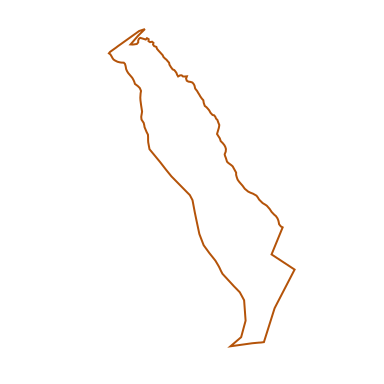 Maranhãozinho, Maranhão, Brazil (Natural Earth projection), rotated 135°
{"feature_id": "56859067B901254953540", "entity_name": "Maranhãozinho", "entity_type": "district", "adm_level": 2, "iso_a3": "BRA", "parent_name": "Brazil", "parent_adm1": "Maranhão", "projection": "natural_earth1", "projection_center": [-45.993, -2.425], "detail": "fine", "context": "isolated", "style": "outline", "palette": "amber", "viewbox_px": 384, "rotation_deg": 135, "n_neighbors": 0, "source": "geoboundaries", "source_scale": "gbopen_adm2", "svg_char_len": 2563}
<svg xmlns="http://www.w3.org/2000/svg" viewBox="0 0 384 384"><g transform="rotate(135 192 192)"><path d="M110.1,340.5L115.5,343.2L136.6,346.7L141.3,347.5L143.6,347.8L150.8,349.0L152.7,348.8L152.4,347.0L153.0,344.6L153.5,343.0L153.8,341.2L153.5,339.6L152.6,336.8L151.4,334.8L150.4,333.4L148.8,331.7L148.8,330.0L149.9,328.0L151.7,325.4L152.5,323.3L153.0,321.2L153.5,315.0L154.1,312.8L154.9,310.7L155.9,308.8L155.4,305.1L155.4,302.4L156.6,299.5L158.6,298.1L161.8,295.3L163.6,293.3L166.6,289.4L170.4,284.2L172.3,282.8L173.6,281.9L174.8,281.0L176.5,278.9L177.3,275.0L178.6,272.9L179.7,271.4L181.7,266.5L182.6,263.7L184.3,261.8L186.5,259.6L187.9,258.0L191.8,252.3L193.4,235.6L194.6,226.2L195.5,217.6L195.7,194.7L195.7,191.4L197.4,185.9L204.5,175.5L208.7,169.1L216.5,157.1L221.4,146.1L222.9,136.6L224.0,126.9L224.8,123.7L225.7,120.3L226.3,118.5L227.3,115.8L228.3,112.6L229.0,95.8L229.1,87.3L229.7,85.3L231.7,78.6L245.1,63.1L259.9,54.6L273.9,55.7L256.4,42.5L251.1,38.1L249.8,36.9L247.3,35.0L215.8,51.4L212.4,52.5L174.3,64.6L179.9,91.6L152.9,102.9L153.5,104.8L153.2,107.6L151.9,109.5L151.1,110.8L150.2,112.9L149.7,115.6L149.9,117.8L149.8,121.7L149.1,124.9L148.8,129.4L149.1,131.0L149.9,134.3L149.9,137.0L149.9,139.2L149.3,141.6L149.0,143.8L150.1,147.8L151.1,150.0L152.0,152.6L152.2,154.9L152.4,157.0L151.8,160.7L151.6,163.8L151.4,166.2L151.0,168.5L149.9,170.8L148.7,172.9L147.1,174.5L146.6,176.2L145.6,179.7L145.1,181.3L145.2,183.0L145.8,187.0L145.8,188.7L145.0,190.2L144.1,191.9L143.0,194.4L142.2,195.6L139.6,196.7L137.6,198.4L136.6,200.3L136.0,202.2L135.7,204.7L135.7,207.7L134.4,210.3L133.8,213.1L133.3,215.3L130.4,216.9L127.8,218.3L126.6,219.1L125.3,220.1L124.4,222.3L123.1,225.0L123.1,226.9L122.4,228.5L122.1,230.5L123.0,232.0L122.9,234.9L122.1,237.6L121.9,239.7L121.8,241.8L122.1,243.8L120.7,246.7L119.1,248.9L119.0,251.1L118.5,253.9L118.0,255.6L117.5,257.9L117.0,259.6L116.6,262.9L115.0,265.5L114.5,267.0L114.3,269.1L115.2,270.9L116.5,272.6L117.0,274.4L116.0,276.4L113.8,277.4L115.6,278.9L116.7,280.1L116.8,281.8L117.9,282.9L120.1,283.5L119.6,285.5L118.8,287.2L118.5,288.8L118.3,290.7L119.0,292.4L118.6,295.1L117.9,298.0L116.8,299.6L116.7,301.7L116.5,303.6L116.7,305.4L116.7,307.7L116.0,309.4L115.9,311.5L115.8,313.3L115.7,315.9L115.5,318.0L114.6,319.8L115.6,321.9L115.3,323.8L113.8,324.7L114.0,326.5L115.7,327.6L116.1,329.4L114.6,330.7L115.1,332.6L116.9,332.5L118.2,335.0L119.6,337.6L121.3,337.8L123.0,337.1L124.3,335.8L126.4,335.7L128.4,337.2L129.7,338.2L131.1,339.8L119.6,340.6L118.1,340.6L110.1,340.5Z" fill="none" stroke="#b45309" stroke-width="2"/></g></svg>